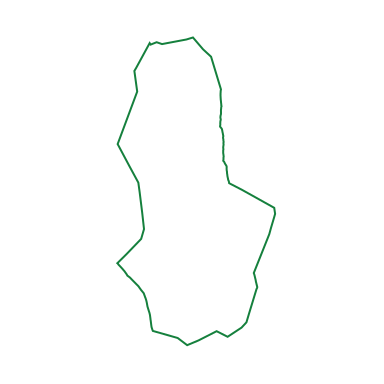 outline of O'rgon, Dornogovi, Mongolia, rotated 109°
{"feature_id": "93677404B69643129623236", "entity_name": "O'rgon", "entity_type": "district", "adm_level": 2, "iso_a3": "MNG", "parent_name": "Mongolia", "parent_adm1": "Dornogovi", "projection": "robinson", "projection_center": [110.987, 45.045], "detail": "fine", "context": "isolated", "style": "outline", "palette": "green", "viewbox_px": 384, "rotation_deg": 109, "n_neighbors": 0, "source": "geoboundaries", "source_scale": "gbopen_adm2", "svg_char_len": 3347}
<svg xmlns="http://www.w3.org/2000/svg" viewBox="0 0 384 384"><g transform="rotate(109 192 192)"><path d="M57.9,218.0L53.5,228.0L45.6,241.4L49.6,246.9L61.9,268.5L61.9,274.2L66.1,279.1L65.0,280.5L92.9,285.2L96.3,285.9L114.9,276.5L170.9,277.9L188.3,259.2L200.6,245.8L209.3,241.4L227.7,232.4L242.7,225.3L252.9,224.8L272.3,233.8L283.6,239.4L283.9,238.6L284.1,238.4L284.4,238.2L286.5,234.2L287.5,232.4L288.0,231.6L288.4,230.9L288.8,230.2L289.0,229.9L290.3,228.1L290.7,227.5L291.6,226.4L292.1,225.9L292.6,224.3L293.1,222.8L294.3,220.5L297.5,214.1L297.9,213.2L298.4,212.3L298.5,212.0L299.7,210.4L300.2,209.7L300.3,209.5L301.0,208.6L301.5,207.8L302.3,206.5L302.8,205.7L303.5,204.6L304.8,203.6L305.5,203.0L306.8,202.0L307.2,201.6L308.9,200.3L310.1,199.5L311.4,198.7L314.8,196.8L318.5,194.1L319.7,193.2L320.1,192.9L322.0,191.7L325.4,190.0L325.5,190.0L327.2,189.1L331.7,186.9L333.0,186.2L335.0,184.7L336.1,183.8L334.7,158.0L338.4,146.7L330.2,137.5L315.6,123.4L317.3,111.2L304.1,101.0L297.5,98.1L288.0,98.5L262.8,99.4L261.3,99.2L260.9,99.3L260.5,99.4L260.3,99.5L260.1,99.7L260.0,99.8L259.4,100.1L259.2,100.3L258.9,100.5L258.6,100.6L258.3,100.9L257.4,101.4L256.1,102.3L254.6,103.1L252.1,104.7L250.2,105.9L249.5,106.4L248.5,107.2L206.7,105.2L200.6,105.6L189.2,106.1L185.6,106.3L180.2,109.1L173.7,145.3L171.6,159.7L171.2,159.9L170.7,160.2L170.2,160.5L169.6,160.9L169.2,161.3L168.9,161.6L168.5,161.9L168.2,162.0L167.9,162.2L167.5,162.4L166.9,162.8L166.4,163.1L165.9,163.4L165.2,163.8L164.3,164.2L163.4,164.7L162.6,165.1L162.0,165.3L161.5,165.5L160.5,166.1L159.1,166.7L158.0,167.1L157.2,167.3L156.8,167.5L156.4,167.7L156.2,167.9L155.8,168.3L155.5,168.7L155.1,169.2L154.7,169.7L154.3,170.2L153.4,171.0L153.2,171.2L152.9,171.6L152.7,172.0L152.6,172.3L152.4,172.5L152.1,172.7L151.9,172.7L151.7,172.7L151.3,172.8L150.7,172.9L150.2,173.1L149.9,173.2L149.7,173.3L149.3,173.4L149.0,173.5L148.7,173.5L148.3,173.6L147.9,173.7L147.6,173.9L146.5,174.4L145.0,175.2L144.1,175.5L143.5,175.7L143.0,175.9L142.3,176.1L141.8,176.1L141.5,176.2L141.3,176.3L140.8,176.5L140.4,176.7L140.0,176.9L139.4,177.1L137.9,177.4L137.2,177.5L136.8,177.6L136.5,177.8L136.0,178.0L135.7,178.1L135.3,178.3L135.0,178.3L134.7,178.3L134.2,178.5L133.9,178.6L133.6,178.8L133.3,179.0L132.5,179.3L132.0,179.5L131.5,179.8L131.2,180.0L130.8,180.2L130.5,180.3L130.3,180.4L129.9,180.5L129.4,180.5L129.1,180.6L128.9,180.6L128.7,180.7L128.5,180.9L128.2,181.0L127.8,181.3L127.5,181.4L127.1,181.7L126.6,181.9L126.0,182.3L125.2,182.8L124.4,183.2L123.9,183.5L123.3,183.9L123.0,184.0L122.8,184.2L122.4,184.6L122.0,185.2L121.3,186.4L121.1,186.5L120.9,186.8L120.5,186.9L120.0,187.0L119.4,187.1L119.0,187.2L118.7,187.3L118.3,187.5L117.3,187.8L116.6,188.0L116.2,188.1L115.8,188.2L114.8,188.3L114.4,188.3L114.2,188.4L113.9,188.5L113.6,188.7L113.2,188.9L112.8,189.2L112.3,189.4L111.7,189.6L111.2,189.7L110.7,189.8L110.3,189.9L109.9,189.9L109.5,189.9L109.0,190.0L108.5,190.1L107.6,190.4L106.8,190.7L106.2,190.9L105.4,191.2L104.7,191.4L104.3,191.5L104.1,191.5L103.8,191.6L103.3,191.7L102.6,191.9L102.1,192.0L101.3,192.0L101.2,192.1L100.9,192.3L100.6,192.4L100.5,192.5L100.4,192.6L100.2,192.6L99.8,192.8L98.7,193.3L98.1,193.6L96.5,194.3L95.5,194.8L93.8,195.5L93.1,195.8L92.3,196.1L91.1,196.6L90.6,196.7L90.2,196.9L89.1,197.2L87.7,197.6L87.0,197.8L85.6,198.0L57.9,218.0Z" fill="none" stroke="#15803d" stroke-width="2"/></g></svg>